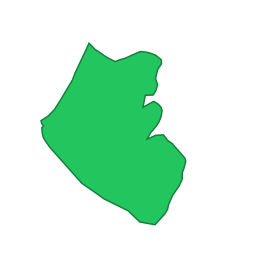 outline of Iyebukel, Koror, Palau, rotated 135°
{"feature_id": "81905179B49247527018285", "entity_name": "Iyebukel", "entity_type": "district", "adm_level": 2, "iso_a3": "PLW", "parent_name": "Palau", "parent_adm1": "Koror", "projection": "mercator", "projection_center": [134.485, 7.349], "detail": "fine", "context": "isolated", "style": "filled", "palette": "green", "viewbox_px": 256, "rotation_deg": 135, "n_neighbors": 0, "source": "geoboundaries", "source_scale": "gbopen_adm2", "svg_char_len": 941}
<svg xmlns="http://www.w3.org/2000/svg" viewBox="0 0 256 256"><g transform="rotate(135 128 128)"><path d="M95.6,215.5L102.4,213.0L127.0,204.1L133.2,201.3L156.3,195.4L166.9,193.1L175.9,192.9L184.3,194.7L185.9,192.2L186.2,189.1L188.8,189.2L192.3,184.9L194.2,182.0L195.3,178.5L196.9,169.9L199.8,121.6L196.2,101.9L195.1,94.9L186.5,69.5L186.1,53.2L177.3,40.5L162.5,41.2L157.6,42.5L153.4,45.2L144.2,48.8L132.7,50.9L126.0,53.4L121.0,58.1L116.9,60.0L110.8,63.5L109.0,66.8L107.8,85.9L108.7,91.2L107.8,98.1L113.4,103.1L122.3,106.6L115.6,108.6L106.3,109.4L101.5,110.5L97.1,112.4L91.6,116.1L90.0,119.3L89.7,123.5L91.0,128.7L102.8,132.0L92.6,138.9L87.0,133.6L82.2,134.6L76.3,137.8L73.7,143.4L65.8,148.3L59.0,149.7L56.2,152.6L57.0,160.2L57.7,161.1L58.2,163.0L60.8,167.8L64.6,172.7L66.0,173.7L73.8,176.8L80.8,179.3L85.6,182.1L90.0,184.0L90.8,186.0L93.1,193.3L95.1,204.4L95.7,206.5L95.6,215.5Z" fill="#22c55e" stroke="#15803d" stroke-width="1.5"/></g></svg>